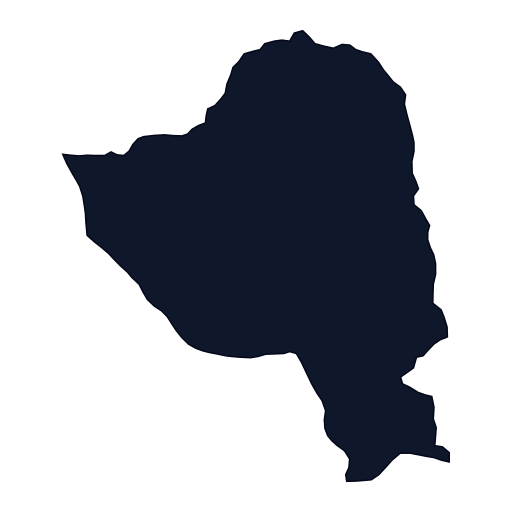 outline of Aguanil, Minas Gerais, Brazil
{"feature_id": "56859067B60511800598000", "entity_name": "Aguanil", "entity_type": "district", "adm_level": 2, "iso_a3": "BRA", "parent_name": "Brazil", "parent_adm1": "Minas Gerais", "projection": "natural_earth1", "projection_center": [-45.42, -20.982], "detail": "fine", "context": "isolated", "style": "filled", "palette": "ink", "viewbox_px": 512, "rotation_deg": 0, "n_neighbors": 0, "source": "geoboundaries", "source_scale": "gbopen_adm2", "svg_char_len": 2151}
<svg xmlns="http://www.w3.org/2000/svg" viewBox="0 0 512 512"><path d="M449.3,452.7L442.4,446.8L434.8,445.7L435.5,437.1L436.2,427.5L433.3,419.0L434.0,407.3L431.8,396.5L425.5,395.0L418.1,392.4L409.7,387.2L402.5,383.8L400.6,377.1L406.2,373.1L413.5,367.9L416.5,357.2L423.1,355.8L428.3,349.9L434.0,344.0L440.2,339.8L447.4,336.9L447.1,327.0L444.2,317.6L441.2,309.9L432.8,303.2L433.0,293.9L433.3,284.3L435.6,274.3L435.6,263.6L433.7,254.7L430.5,248.1L427.7,239.8L427.8,232.1L429.6,225.4L426.1,219.5L421.3,210.7L414.0,204.7L413.5,195.9L418.5,188.8L415.9,181.4L412.2,173.2L411.9,161.4L414.0,151.4L414.0,142.6L412.5,135.4L410.0,125.9L406.8,114.1L404.4,104.1L405.6,94.8L400.4,87.1L393.2,81.9L388.5,76.0L383.5,69.9L378.5,62.2L370.8,53.8L362.4,51.8L355.8,49.6L349.9,45.1L342.1,44.4L333.3,48.2L323.4,46.0L315.0,43.7L309.6,37.4L302.7,30.7L294.3,33.0L289.6,41.1L281.8,40.1L274.4,41.1L264.7,43.7L260.1,49.6L253.8,51.1L244.2,53.8L238.6,61.9L233.0,67.4L230.7,75.1L227.0,83.8L225.2,93.3L220.9,98.9L214.9,105.6L207.7,108.9L206.2,115.8L205.4,122.9L198.3,125.6L192.1,129.2L187.5,134.1L181.7,135.9L173.1,135.6L164.6,134.8L154.4,135.4L143.7,136.6L138.1,138.7L132.9,144.4L129.1,151.1L123.8,155.5L117.0,154.8L111.0,151.9L104.7,155.5L94.8,155.5L87.0,155.2L79.2,155.9L70.8,155.2L62.7,154.3L66.8,163.5L72.4,173.6L76.2,180.0L79.6,186.2L82.8,196.1L84.3,205.5L85.4,213.2L86.0,223.5L87.1,235.4L94.8,242.2L101.7,247.6L108.6,253.5L113.9,259.2L120.4,265.8L127.3,272.0L131.7,277.3L139.1,284.3L142.9,291.8L147.3,299.4L154.4,306.2L161.6,310.9L167.2,316.6L171.6,323.5L175.9,330.1L181.5,337.2L188.7,344.3L195.9,348.3L203.0,350.9L209.3,352.5L216.7,353.9L225.7,355.8L231.7,356.5L239.8,357.2L250.4,357.7L257.9,356.5L265.9,354.2L274.7,353.9L283.8,353.5L289.7,351.6L296.3,353.5L301.3,362.0L306.9,373.8L311.5,383.5L317.1,393.4L322.0,400.5L325.6,410.6L324.3,419.8L324.9,428.3L327.7,435.7L331.7,440.6L337.0,445.4L344.5,450.8L349.6,458.9L348.9,467.6L345.7,474.6L346.7,481.3L355.8,481.1L364.4,480.4L371.3,479.8L378.9,474.6L385.4,467.6L392.0,460.2L400.2,453.2L410.3,453.2L419.1,454.9L426.1,456.3L434.0,457.6L441.5,460.2L449.2,462.0L449.3,452.7Z" fill="#0f172a" stroke="#020617" stroke-width="1.5"/></svg>